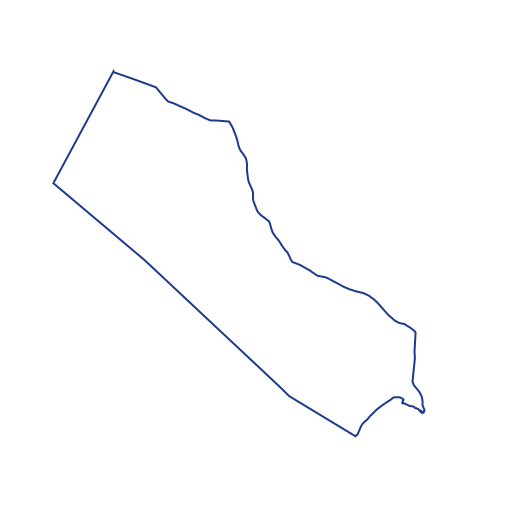 Salloum, Matruh, Egypt, rotated 132°
{"feature_id": "37247803B99889104547734", "entity_name": "Salloum", "entity_type": "district", "adm_level": 2, "iso_a3": "EGY", "parent_name": "Egypt", "parent_adm1": "Matruh", "projection": "mercator", "projection_center": [25.027, 30.642], "detail": "fine", "context": "isolated", "style": "outline", "palette": "blue", "viewbox_px": 512, "rotation_deg": 132, "n_neighbors": 0, "source": "geoboundaries", "source_scale": "gbopen_adm2", "svg_char_len": 2071}
<svg xmlns="http://www.w3.org/2000/svg" viewBox="0 0 512 512"><g transform="rotate(132 256 256)"><path d="M323.4,61.4L322.5,61.5L320.4,61.2L317.0,62.4L314.7,63.1L313.0,63.8L309.9,64.5L306.0,64.4L304.8,64.1L302.1,63.9L298.2,64.1L294.2,63.8L289.1,63.5L284.5,62.7L281.0,61.9L276.4,60.8L273.4,59.9L268.9,59.1L267.4,57.4L265.4,55.4L264.6,53.9L263.9,51.4L264.0,50.4L264.5,50.0L265.0,50.3L265.7,49.9L266.5,49.2L267.3,49.1L267.5,48.3L266.7,47.8L265.9,46.1L265.6,44.4L265.1,43.4L264.6,41.3L263.9,40.5L263.3,39.4L262.6,38.3L262.3,37.3L262.6,36.3L262.4,35.6L261.8,35.1L261.7,34.0L261.2,33.1L261.6,30.5L261.6,29.1L261.1,29.8L260.7,29.9L260.7,29.2L261.0,28.4L260.7,27.0L260.1,26.6L259.4,27.0L259.3,27.4L259.3,27.5L258.0,27.4L255.4,32.5L252.4,35.1L250.1,38.0L249.6,38.9L248.9,40.2L248.2,42.4L247.8,43.3L246.4,52.1L244.8,55.5L225.8,69.4L223.5,71.7L221.0,74.2L218.3,76.4L206.1,86.2L205.7,88.4L206.1,93.8L207.0,98.2L207.0,98.7L207.1,99.8L207.2,100.0L208.1,101.6L209.9,104.6L211.1,109.1L211.1,110.1L211.3,118.5L209.5,134.1L209.3,139.8L209.9,143.6L209.8,144.0L209.8,144.6L210.8,148.6L211.9,151.8L215.2,157.7L218.1,164.2L220.3,170.5L221.5,175.8L223.0,181.7L224.0,185.9L225.3,190.2L229.5,197.0L230.5,203.7L230.7,206.3L232.1,212.4L233.3,217.6L235.1,222.4L236.2,225.1L234.9,228.8L233.1,232.9L232.3,235.1L232.0,238.8L230.9,243.9L229.9,247.1L229.1,250.4L228.7,253.7L227.5,259.2L225.1,263.5L222.7,267.1L221.5,269.6L221.8,273.0L222.4,280.1L222.0,284.1L221.4,285.8L218.4,291.8L216.7,295.0L215.1,296.9L211.0,300.5L209.3,303.2L207.9,306.3L206.3,310.0L205.1,312.1L203.1,314.6L197.9,320.6L193.6,324.2L191.7,326.7L190.2,328.8L189.4,331.5L188.5,335.2L188.2,337.4L187.4,339.7L185.7,342.9L183.8,345.5L181.2,349.5L179.5,352.6L178.2,355.5L176.7,358.2L175.4,361.7L174.7,363.9L174.1,366.0L182.0,376.3L185.7,380.5L187.6,385.8L189.3,392.7L191.6,399.1L191.8,400.1L194.0,408.3L194.4,409.1L197.6,419.2L200.0,424.7L199.8,428.0L199.0,433.5L197.6,443.2L206.8,466.1L214.7,484.9L214.3,485.4L336.7,455.5L337.5,455.3L333.6,335.5L337.3,151.9L337.9,137.4L323.4,61.4Z" fill="none" stroke="#1e3a8a" stroke-width="2"/></g></svg>